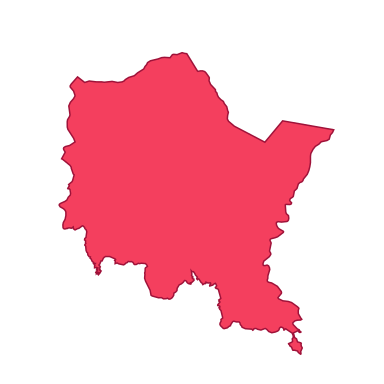 the district of Lumiere, Dennery, Saint Lucia, rotated 103°
{"feature_id": "8701671B42420673442147", "entity_name": "Lumiere", "entity_type": "district", "adm_level": 2, "iso_a3": "LCA", "parent_name": "Saint Lucia", "parent_adm1": "Dennery", "projection": "natural_earth1", "projection_center": [-60.885, 13.94], "detail": "fine", "context": "isolated", "style": "filled", "palette": "rose", "viewbox_px": 384, "rotation_deg": 103, "n_neighbors": 0, "source": "geoboundaries", "source_scale": "gbopen_adm2", "svg_char_len": 5993}
<svg xmlns="http://www.w3.org/2000/svg" viewBox="0 0 384 384"><g transform="rotate(103 192 192)"><path d="M58.4,228.2L58.6,230.4L58.5,233.0L61.5,237.4L62.0,240.9L62.6,242.0L66.1,243.6L67.0,249.1L67.9,251.8L70.0,255.0L73.5,262.0L75.9,264.4L78.2,264.9L80.2,266.0L83.0,266.7L88.1,271.8L91.7,274.4L94.6,279.4L97.5,282.3L99.0,283.1L100.4,284.8L102.0,289.0L102.2,294.7L104.8,302.2L105.0,304.6L106.2,309.9L107.0,317.1L109.4,321.2L105.6,329.4L114.1,334.0L116.1,334.6L117.2,334.2L120.3,330.1L123.9,327.9L124.9,327.6L127.9,328.5L132.0,330.7L135.9,331.4L144.3,328.2L145.9,328.3L149.5,329.5L151.5,329.4L156.9,328.1L158.9,327.0L166.2,319.5L169.5,317.2L174.2,321.7L176.2,325.6L177.6,326.9L178.5,327.0L179.5,326.6L181.7,324.5L189.0,326.5L189.3,325.3L193.5,316.8L195.2,315.1L195.8,315.1L201.1,311.8L201.8,310.7L207.6,310.9L208.9,311.2L212.5,313.9L213.6,312.9L216.4,313.9L216.8,313.5L216.5,312.3L217.0,311.5L220.6,310.0L222.4,309.9L224.9,311.4L227.9,312.1L229.6,313.5L232.8,317.7L233.9,318.5L234.8,318.4L236.1,317.1L237.2,313.4L238.5,311.4L239.9,310.4L243.2,309.6L247.1,309.5L250.7,310.5L253.1,310.4L255.8,309.6L256.5,308.9L256.7,308.0L256.2,306.5L255.7,306.1L255.5,305.0L254.9,304.6L254.4,302.8L254.5,301.9L254.3,301.1L252.8,299.9L254.4,299.3L255.2,297.8L255.2,297.3L253.6,295.5L252.8,294.0L249.7,291.3L249.5,290.8L250.7,288.7L251.8,288.1L252.6,286.7L254.4,285.6L260.2,285.1L261.4,286.0L262.3,286.0L262.9,285.9L263.5,284.7L265.5,284.3L266.0,283.9L267.2,284.5L267.9,284.5L268.7,283.4L272.9,282.0L274.4,280.9L274.7,280.1L276.8,279.3L278.2,277.6L278.1,276.4L279.4,276.4L279.9,275.3L282.0,273.7L282.8,272.0L283.5,272.2L283.9,271.9L283.5,270.2L284.8,270.8L285.5,270.1L286.0,270.3L287.8,269.9L287.0,268.1L287.1,267.5L288.5,267.5L287.6,266.6L289.6,266.4L289.9,266.8L292.1,267.7L292.3,267.5L292.4,266.9L292.9,266.8L291.4,266.0L291.4,264.7L293.1,265.6L293.1,265.1L293.7,264.6L292.0,263.6L289.4,262.8L289.2,263.6L288.5,264.0L288.6,264.4L286.3,264.8L285.6,264.5L284.6,265.5L284.5,266.0L283.8,266.2L283.1,265.7L279.6,265.1L279.4,264.1L276.6,263.5L275.4,262.9L274.3,261.7L273.4,257.6L274.5,251.8L274.8,251.3L276.1,252.0L276.5,251.2L279.1,250.8L278.0,249.1L278.5,247.0L278.4,242.3L277.7,241.4L276.1,240.4L275.4,239.3L274.0,238.5L273.9,236.5L273.4,235.7L273.8,233.7L275.5,232.1L275.6,231.6L275.2,230.1L273.6,228.3L273.6,227.0L272.8,225.4L272.2,221.2L273.6,219.3L274.5,218.7L276.4,220.3L277.0,220.4L280.3,219.8L281.5,219.9L283.0,219.3L286.6,218.8L289.3,217.2L297.2,210.7L301.8,208.7L302.3,207.4L302.6,200.8L301.8,198.0L302.5,195.7L301.8,193.3L301.0,191.9L301.6,190.3L301.0,188.9L299.4,187.5L296.9,186.6L294.6,186.9L293.3,185.5L291.5,184.5L289.1,184.8L285.4,183.6L283.9,181.7L282.1,180.3L280.0,179.4L279.8,179.1L279.9,178.0L280.4,177.1L281.3,176.5L282.1,174.8L281.8,173.8L282.2,173.2L281.9,172.4L281.7,172.3L281.1,173.3L280.8,173.2L280.2,171.9L277.7,170.2L276.4,170.6L276.3,171.8L275.6,172.5L274.8,172.0L274.1,172.3L273.8,173.4L273.3,173.7L272.2,173.6L269.0,174.9L269.6,174.1L269.3,172.6L270.9,170.8L271.9,170.2L273.7,167.6L275.2,168.0L275.6,167.8L276.2,166.9L275.2,166.4L275.3,165.6L278.1,162.8L278.4,161.9L279.8,160.6L278.3,159.2L278.4,158.6L277.9,158.0L276.7,158.1L277.1,156.0L276.4,153.6L277.1,153.2L279.0,153.8L279.6,153.5L278.0,150.8L276.3,149.5L275.7,148.7L276.0,148.3L277.8,146.9L278.8,147.1L279.6,147.8L280.1,147.6L280.6,146.7L280.5,145.8L280.7,145.0L281.2,144.3L288.6,140.3L289.3,140.0L291.2,141.6L291.7,141.1L292.3,141.2L292.9,140.0L296.0,141.5L296.8,141.4L296.7,140.3L297.1,139.2L298.5,139.6L298.3,139.0L299.9,138.7L301.0,137.1L307.0,134.1L308.1,133.8L309.6,135.1L311.3,134.6L313.1,135.1L314.5,135.1L315.8,134.2L317.9,130.8L317.9,129.9L316.4,127.0L314.7,125.8L313.6,124.4L312.8,124.5L309.4,123.3L308.7,122.6L308.5,122.0L308.6,119.6L308.0,116.9L308.8,115.8L310.3,115.1L311.5,113.5L312.5,112.8L313.2,109.3L312.2,102.8L313.0,101.7L312.3,101.1L311.5,101.0L310.8,100.0L310.6,98.7L311.0,97.2L311.0,93.8L308.5,90.0L309.0,88.3L310.7,85.8L311.2,82.6L309.6,79.2L308.1,77.1L306.9,76.3L304.9,76.1L304.3,75.7L303.6,75.0L303.6,73.9L304.2,72.2L305.8,71.4L305.5,70.8L304.5,70.5L304.2,70.0L306.9,62.8L308.7,61.4L310.1,60.8L311.2,60.7L312.6,61.3L314.8,60.4L315.9,61.0L318.0,63.8L318.4,63.6L319.1,62.5L319.9,62.1L320.8,60.1L323.3,58.4L323.5,58.0L323.1,56.6L323.2,53.3L324.4,52.4L325.6,49.8L325.2,49.4L322.9,50.2L319.3,49.5L318.8,49.7L317.7,50.8L315.5,51.6L314.9,51.5L314.5,52.0L314.3,55.5L311.6,57.1L310.7,59.3L307.6,60.9L307.0,61.7L306.4,61.4L303.4,57.6L303.9,56.5L304.3,56.4L304.6,55.7L304.6,55.2L304.1,54.4L303.7,54.5L303.4,55.1L303.3,56.0L302.2,56.5L301.7,58.6L298.5,63.5L297.6,64.1L296.9,64.3L296.3,64.1L294.3,62.6L293.2,60.5L292.3,57.3L291.3,56.4L290.5,57.5L286.7,61.0L283.6,61.8L281.2,61.7L280.1,63.4L277.3,70.1L277.0,73.7L277.6,79.0L276.5,83.8L275.6,84.5L270.7,82.1L269.7,82.2L268.8,82.7L264.7,87.6L262.7,93.9L262.7,97.2L262.1,98.4L260.9,98.9L259.2,98.7L256.7,99.2L250.1,98.8L248.3,99.5L246.7,100.8L246.3,102.4L247.3,104.3L247.5,105.8L247.3,106.1L246.0,106.7L243.2,106.5L237.6,102.1L235.1,101.2L234.0,101.5L232.1,103.2L223.9,103.4L221.5,105.2L220.6,105.2L219.7,104.4L218.0,101.0L216.4,98.5L210.8,93.9L210.0,93.9L209.7,94.2L208.3,98.9L207.4,100.4L205.4,102.1L203.7,102.8L202.6,102.8L201.5,101.5L201.2,98.1L199.4,92.9L198.8,92.2L197.6,91.7L195.7,91.8L193.3,92.7L192.0,95.1L190.5,96.1L183.6,98.2L182.9,97.6L182.2,93.8L181.4,92.7L180.2,92.5L178.4,94.9L177.9,95.0L176.3,94.7L174.4,92.8L173.4,92.3L168.0,92.5L165.0,90.5L160.3,90.2L158.6,89.1L157.4,87.3L156.0,86.5L154.2,86.3L148.9,83.7L144.9,83.0L140.9,82.9L136.7,83.2L130.6,84.6L127.9,84.9L123.2,83.7L119.8,82.1L116.8,79.1L114.0,77.4L111.5,72.1L109.7,70.2L105.3,70.0L102.5,68.5L99.5,67.9L102.3,119.7L127.1,132.2L118.4,165.5L114.9,172.3L112.9,174.0L109.5,174.5L106.1,174.5L104.8,175.5L101.1,177.3L98.6,180.4L96.7,181.8L95.5,184.7L93.7,187.5L91.9,189.0L89.9,190.0L88.6,191.8L87.2,192.1L86.7,192.6L83.0,198.1L79.8,200.4L76.9,200.8L76.1,201.4L72.8,205.1L71.8,206.7L71.6,208.8L72.0,210.8L73.1,213.4L72.7,214.1L58.4,228.2Z" fill="#f43f5e" stroke="#9f1239" stroke-width="1.5"/></g></svg>